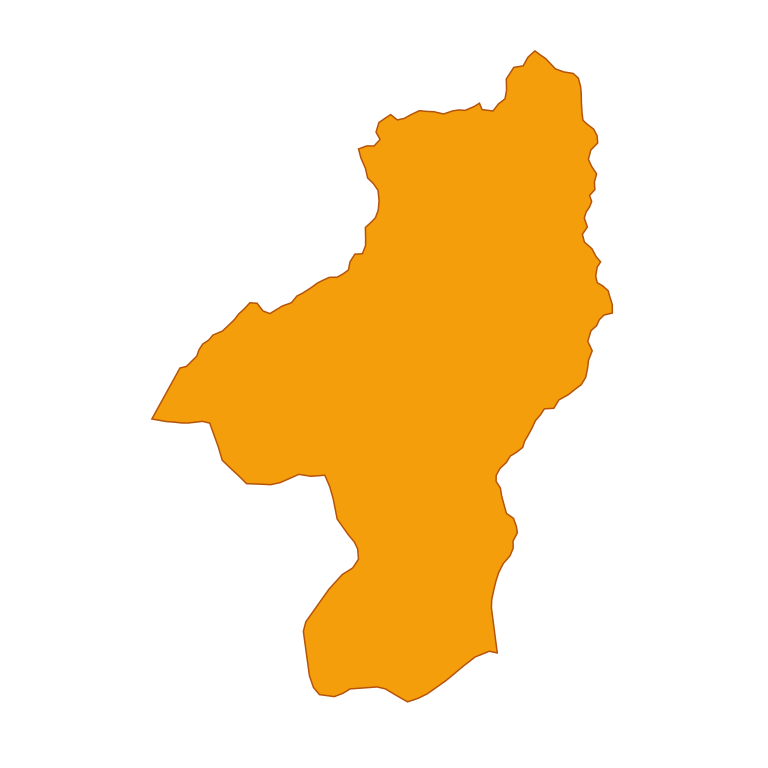 the district of Moreilândia, Pernambuco, Brazil, rotated 175°
{"feature_id": "56859067B7731358809520", "entity_name": "Moreilândia", "entity_type": "district", "adm_level": 2, "iso_a3": "BRA", "parent_name": "Brazil", "parent_adm1": "Pernambuco", "projection": "mercator", "projection_center": [-39.529, -7.615], "detail": "fine", "context": "isolated", "style": "filled", "palette": "amber", "viewbox_px": 768, "rotation_deg": 175, "n_neighbors": 0, "source": "geoboundaries", "source_scale": "gbopen_adm2", "svg_char_len": 2617}
<svg xmlns="http://www.w3.org/2000/svg" viewBox="0 0 768 768"><g transform="rotate(175 384 384)"><path d="M505.7,293.6L496.1,294.8L476.7,301.4L464.7,298.4L450.9,298.3L447.0,286.4L444.7,274.6L442.4,253.5L432.5,236.6L427.3,229.2L424.6,222.0L424.7,211.7L431.2,203.5L442.1,197.9L456.8,184.3L482.6,153.9L485.9,144.6L483.7,99.7L480.7,87.8L475.4,80.2L460.7,76.9L451.5,79.6L444.4,83.2L417.2,82.8L409.3,80.2L396.9,71.3L388.2,65.3L377.1,68.0L367.9,71.6L348.0,83.2L329.2,96.3L317.1,104.1L302.4,108.6L294.6,106.2L296.5,151.6L295.5,159.8L292.3,170.1L289.6,178.1L286.1,186.3L280.8,194.8L273.5,201.8L269.7,209.0L269.1,216.4L264.1,224.2L264.5,230.3L266.7,238.9L273.3,244.4L274.8,252.4L276.6,262.6L277.1,270.2L280.8,277.2L280.2,283.2L275.8,289.8L269.0,295.1L264.5,301.2L257.6,304.6L251.3,308.8L249.0,314.6L245.3,319.8L240.7,326.7L236.3,334.3L230.9,339.6L226.4,345.3L216.9,345.0L211.2,352.9L200.9,357.5L194.6,361.8L187.5,366.2L182.5,373.0L179.8,382.0L178.2,389.9L173.7,398.9L177.3,408.8L173.1,419.1L167.1,423.6L163.9,429.3L158.9,433.5L150.3,434.8L149.7,443.5L151.4,451.1L152.6,457.4L157.6,462.7L162.8,466.4L163.7,473.2L161.4,481.9L157.6,486.8L161.6,492.4L165.1,500.7L172.0,507.9L173.3,515.9L167.7,522.6L170.0,531.8L167.7,537.6L163.9,542.3L161.2,547.7L162.8,553.9L157.0,559.3L156.8,566.8L153.9,574.8L158.2,582.7L160.8,590.0L157.6,599.0L150.1,605.5L150.1,612.8L153.0,619.7L158.5,624.7L162.8,629.3L163.1,636.9L162.8,647.4L162.2,656.7L162.2,663.0L163.7,671.7L168.5,676.9L177.9,679.3L185.8,683.0L190.7,689.2L194.6,694.1L199.5,698.1L204.7,702.7L212.3,696.8L217.6,688.8L227.1,688.1L235.6,677.2L236.3,666.0L238.6,657.5L245.5,653.1L251.6,646.5L262.4,648.8L264.4,655.4L270.2,652.5L279.4,649.5L285.7,650.5L291.7,650.1L301.1,647.8L310.6,650.9L317.5,651.8L325.0,653.2L333.8,649.9L340.8,646.8L347.7,645.9L353.9,651.8L359.5,648.8L366.3,644.9L370.0,635.6L366.6,628.0L373.1,622.0L380.4,622.7L388.9,620.4L387.3,611.2L383.7,600.5L382.3,590.6L377.2,584.7L373.1,577.5L372.9,567.2L374.6,557.6L378.1,550.3L382.7,546.3L388.9,541.6L389.6,530.8L390.3,523.5L394.2,515.6L401.7,515.9L407.2,508.7L409.5,500.7L415.5,497.1L421.4,494.5L429.2,495.0L435.7,492.7L441.5,490.4L448.6,486.1L457.4,481.5L463.0,479.3L469.2,473.0L478.4,470.6L485.9,466.9L491.5,464.1L498.2,467.3L503.4,475.5L510.5,476.6L516.8,470.9L522.7,466.4L527.6,461.0L534.2,455.7L540.4,450.8L550.1,447.7L554.7,443.1L561.2,439.5L565.3,434.2L568.1,428.0L579.4,418.7L585.9,417.7L618.3,369.4L603.9,365.5L597.4,364.5L588.8,362.8L582.3,362.2L568.1,362.6L561.0,360.2L554.5,335.6L551.8,322.1L542.3,311.3L537.1,305.6L529.6,296.7L516.8,295.1L505.7,293.6Z" fill="#f59e0b" stroke="#b45309" stroke-width="1.5"/></g></svg>